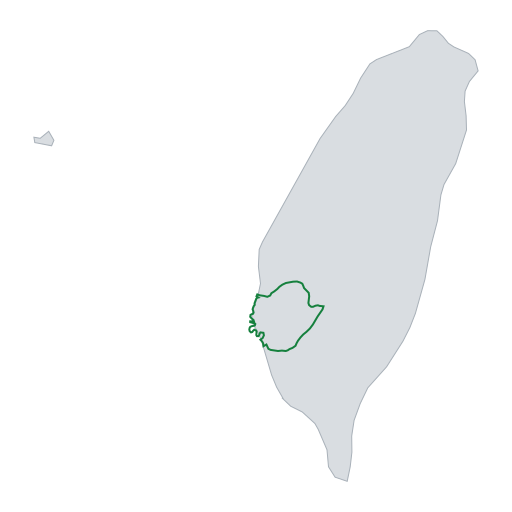 location of Tainan City within Taiwan
{"feature_id": "TWN-1160", "entity_name": "Tainan City", "entity_type": "Special Municipality", "adm_level": 1, "iso_a3": "TWN", "parent_name": "Taiwan", "parent_adm1": "", "projection": "orthographic", "projection_center": [120.249, 23.155], "detail": "fine", "context": "in_parent", "style": "outline", "palette": "green", "viewbox_px": 512, "rotation_deg": 0, "n_neighbors": 0, "source": "natural_earth", "source_scale": "10m", "svg_char_len": 2147}
<svg xmlns="http://www.w3.org/2000/svg" viewBox="0 0 512 512"><path d="M367.8,387.8L360.2,403.6L354.1,420.3L351.7,436.0L351.9,452.2L350.2,466.8L347.2,481.3L335.1,477.2L328.5,466.8L327.0,449.8L318.2,429.3L314.9,423.5L302.3,412.0L290.8,406.3L281.9,397.8L283.1,398.5L276.6,387.1L271.6,375.0L261.4,340.4L257.9,332.1L253.2,324.5L251.8,317.0L253.4,308.6L257.9,296.1L260.5,283.5L258.4,266.4L259.2,249.4L262.5,241.9L320.1,138.5L335.7,116.5L345.2,105.6L353.2,93.4L360.7,78.0L369.9,63.9L376.6,59.5L409.3,46.7L419.4,34.5L427.6,30.7L436.9,30.8L442.9,36.5L448.4,43.3L454.0,47.0L468.6,53.5L475.1,59.8L478.1,70.9L469.4,81.5L465.1,91.1L464.4,101.6L466.1,115.8L466.5,130.0L455.7,163.6L444.0,184.5L440.9,194.9L437.5,220.7L430.7,246.7L424.9,279.5L415.4,313.4L409.9,327.5L403.0,341.1L386.6,366.8L367.8,387.8ZM48.7,131.3L53.9,140.3L51.6,145.8L34.8,142.6L33.9,137.2L40.2,138.3L48.7,131.3Z" fill="#d9dde1" stroke="#a8b0b8" stroke-width="1"/><path d="M263.5,346.2L263.1,343.3L262.2,341.6L260.4,339.7L262.6,338.1L263.9,335.3L263.4,332.8L260.4,332.4L259.8,333.3L259.3,334.9L258.5,336.1L256.9,336.1L256.3,335.0L256.6,331.7L256.2,330.6L254.3,329.7L253.2,330.7L252.3,332.0L251.0,332.4L249.7,331.2L249.3,329.6L249.6,328.0L250.2,326.9L251.6,326.2L253.3,325.9L254.8,325.5L255.3,324.0L254.6,323.3L250.2,322.2L250.2,321.3L253.9,321.3L253.5,320.0L251.5,318.3L250.2,316.8L250.5,314.9L251.7,314.2L253.0,313.8L253.6,312.6L253.2,310.8L252.6,309.3L253.0,307.9L253.7,306.1L254.7,304.9L254.5,303.8L254.7,302.8L256.3,298.6L257.1,297.8L258.3,297.5L256.5,296.3L257.3,294.4L259.7,295.3L263.9,295.9L267.3,296.8L270.2,295.5L271.4,293.2L274.1,291.5L277.2,289.1L279.4,286.8L282.3,284.7L285.9,283.0L293.0,281.7L297.0,281.5L300.4,282.6L302.3,283.7L303.2,285.7L304.1,288.1L308.7,292.8L309.2,296.3L308.4,303.0L309.1,305.1L311.2,306.8L313.0,306.8L315.5,305.7L317.9,305.3L319.6,305.9L323.5,306.3L322.5,309.4L317.6,316.5L312.9,324.5L309.9,328.5L306.4,331.9L303.3,334.4L300.5,337.4L298.0,340.7L296.6,343.2L295.5,345.8L292.5,347.9L289.5,349.1L287.8,350.3L285.8,351.0L281.9,350.6L278.0,351.0L270.6,349.9L268.4,348.8L266.5,344.7L266.4,344.5L263.5,346.2Z" fill="none" stroke="#15803d" stroke-width="2"/></svg>